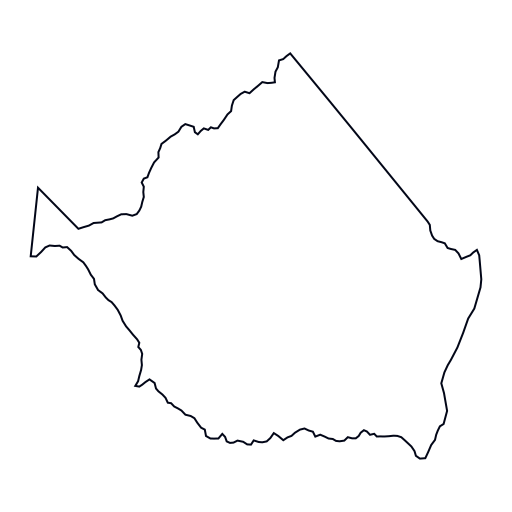 Palmeiras do Tocantins, Tocantins, Brazil (Equal Earth projection)
{"feature_id": "56859067B46130083042183", "entity_name": "Palmeiras do Tocantins", "entity_type": "district", "adm_level": 2, "iso_a3": "BRA", "parent_name": "Brazil", "parent_adm1": "Tocantins", "projection": "equal_earth", "projection_center": [-47.673, -6.586], "detail": "fine", "context": "isolated", "style": "outline", "palette": "ink", "viewbox_px": 512, "rotation_deg": 0, "n_neighbors": 0, "source": "geoboundaries", "source_scale": "gbopen_adm2", "svg_char_len": 2855}
<svg xmlns="http://www.w3.org/2000/svg" viewBox="0 0 512 512"><path d="M290.2,53.4L286.5,56.1L283.2,59.1L279.0,60.4L277.8,67.3L275.5,71.6L274.5,77.9L274.9,82.3L271.5,82.8L267.5,83.1L262.3,82.1L258.3,85.6L254.0,89.1L249.5,93.2L244.7,91.7L240.7,93.9L237.6,96.6L233.7,100.1L231.9,105.6L231.1,111.1L227.5,114.4L223.9,119.8L220.6,124.2L217.8,128.2L214.0,128.4L210.9,127.3L208.2,129.9L203.8,128.4L200.7,131.0L197.8,134.3L194.9,132.2L193.7,126.8L188.8,125.2L185.3,124.1L181.4,126.8L178.4,131.7L174.7,134.4L170.7,136.6L165.7,140.8L161.5,143.9L160.2,148.1L158.4,152.1L158.6,157.5L154.1,162.4L151.3,167.8L149.0,172.9L147.4,177.3L143.8,178.6L141.7,182.5L143.8,186.7L143.3,192.1L143.8,197.0L142.3,201.9L141.2,206.7L139.3,210.6L136.7,214.1L132.3,215.7L126.4,214.1L121.2,214.3L117.0,216.3L113.2,218.4L109.4,219.4L105.2,220.2L101.6,222.4L97.7,222.7L93.6,223.0L88.9,225.6L83.4,227.2L78.4,228.8L38.0,187.7L30.7,256.3L36.3,256.5L41.1,252.0L45.3,247.4L49.6,245.5L54.9,246.0L59.6,245.7L62.7,247.5L67.1,247.1L71.2,250.9L74.2,255.0L78.5,258.8L83.3,262.3L86.0,266.0L88.1,269.3L90.8,274.7L94.0,278.9L94.8,284.3L98.1,290.1L102.6,293.4L105.7,297.4L108.4,300.1L111.6,302.1L114.6,305.6L117.7,309.8L120.7,315.5L122.6,320.8L126.1,326.4L129.7,330.6L132.9,334.6L137.1,339.3L139.3,342.8L138.3,347.0L140.9,350.0L142.2,353.9L141.4,359.7L141.9,365.1L141.1,370.0L139.3,376.1L138.1,381.2L135.3,385.9L139.3,386.6L142.2,384.7L145.4,382.1L149.5,379.4L154.6,383.0L156.0,388.5L158.4,391.3L162.4,394.5L165.5,397.8L167.8,402.7L171.1,403.2L174.2,406.5L177.9,408.4L181.4,410.5L185.4,414.7L190.7,416.0L194.4,418.2L197.2,422.6L201.1,427.7L204.8,429.6L206.0,436.0L210.4,438.5L213.9,438.6L218.4,438.5L222.3,433.9L225.1,436.9L226.7,441.4L230.0,442.9L233.5,442.6L237.5,440.6L243.2,441.8L247.2,444.4L251.0,444.6L253.7,440.4L258.7,442.0L262.3,442.3L266.7,441.4L270.3,438.1L273.8,433.1L278.3,436.0L283.3,440.2L287.5,437.4L291.5,435.9L295.0,432.7L300.0,429.6L304.5,428.5L308.7,430.5L312.9,431.7L315.3,436.6L320.2,434.7L324.7,436.6L328.5,438.5L332.8,439.0L336.0,440.9L339.6,441.3L344.3,440.6L347.8,437.2L352.0,438.3L355.8,438.3L358.7,436.0L360.7,432.7L363.9,430.2L366.9,431.5L370.0,434.8L374.2,433.8L376.8,436.5L380.3,436.4L384.1,436.5L388.9,436.2L393.5,435.7L397.3,435.9L401.3,437.2L405.1,440.6L408.1,443.4L411.4,446.5L414.5,451.1L415.9,455.8L419.9,458.6L425.3,458.2L428.2,452.0L431.2,445.0L435.0,439.9L436.2,434.7L437.8,430.6L439.9,426.3L443.6,424.0L447.1,410.9L444.0,393.1L441.3,383.3L444.4,372.4L447.8,365.1L450.9,359.9L457.4,347.5L463.1,333.0L468.2,318.5L474.3,308.6L480.5,287.4L481.3,279.4L479.7,260.7L479.2,255.3L476.9,249.9L473.2,252.5L470.3,255.3L466.7,256.7L461.3,259.0L458.5,253.4L455.2,249.9L451.0,249.0L447.6,248.0L444.8,243.3L441.5,242.2L437.6,241.2L434.2,238.9L432.1,235.6L430.3,230.5L429.8,224.9L427.6,221.5L351.4,127.8L327.3,98.4L290.2,53.4Z" fill="none" stroke="#020617" stroke-width="2"/></svg>